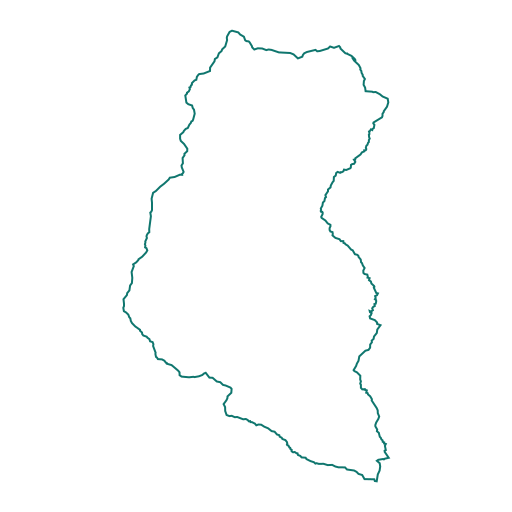 the district of Maneciu, Prahova, Romania
{"feature_id": "2599482B82003070175979", "entity_name": "Maneciu", "entity_type": "district", "adm_level": 2, "iso_a3": "ROU", "parent_name": "Romania", "parent_adm1": "Prahova", "projection": "natural_earth1", "projection_center": [25.967, 45.402], "detail": "fine", "context": "isolated", "style": "outline", "palette": "teal", "viewbox_px": 512, "rotation_deg": 0, "n_neighbors": 0, "source": "geoboundaries", "source_scale": "gbopen_adm2", "svg_char_len": 6037}
<svg xmlns="http://www.w3.org/2000/svg" viewBox="0 0 512 512"><path d="M388.7,457.8L384.7,451.9L384.6,450.7L385.8,450.1L384.9,445.8L385.8,444.0L384.1,443.5L384.2,442.4L382.7,441.8L382.6,440.4L381.4,439.4L380.8,437.8L379.8,436.8L378.8,432.8L376.9,431.2L377.2,429.5L375.4,426.4L375.3,425.1L376.2,422.5L378.3,419.0L379.2,416.5L377.8,413.2L377.7,410.4L376.7,408.1L371.7,400.5L371.9,399.2L370.2,396.3L368.0,394.4L367.6,393.1L366.2,392.7L366.8,390.4L364.8,389.8L365.2,389.4L364.9,389.1L362.3,389.4L360.9,387.8L360.9,384.7L360.2,383.7L360.9,381.3L360.2,379.6L360.3,375.7L356.9,372.3L354.4,371.1L353.6,370.1L356.1,366.0L356.9,363.6L358.5,360.8L359.3,356.4L365.4,350.7L368.5,349.9L370.1,347.7L370.2,344.5L371.9,342.3L371.7,340.6L373.6,338.9L374.0,336.5L376.8,333.0L377.3,329.5L380.5,325.2L377.1,323.9L377.1,322.5L374.8,320.1L370.1,318.4L369.6,316.3L370.8,315.2L371.6,313.2L370.0,312.2L369.7,311.0L371.4,311.8L371.7,311.0L372.9,310.2L372.2,308.3L373.2,306.9L374.8,306.0L374.4,304.1L375.7,303.7L376.2,301.5L376.1,300.1L374.9,299.2L375.7,298.1L375.1,296.1L377.0,295.2L377.9,293.4L376.3,293.0L374.0,288.1L373.8,287.3L374.4,286.8L374.1,286.0L371.4,283.5L370.9,281.5L369.0,280.2L369.6,278.2L367.5,277.6L367.8,276.5L367.3,274.6L364.5,274.0L363.4,272.9L363.3,270.6L364.6,268.0L362.8,265.4L362.0,263.1L361.1,262.3L360.7,259.5L358.6,257.0L358.3,255.7L357.2,254.8L354.9,254.2L352.7,250.3L351.1,249.6L347.7,245.6L345.5,244.3L344.8,243.3L343.5,242.9L343.3,241.1L340.8,241.1L339.5,239.2L335.4,237.9L332.5,235.4L332.8,233.9L332.5,232.1L330.4,231.5L329.6,230.0L329.6,228.1L330.5,226.2L330.4,224.8L327.7,223.4L325.4,220.5L321.6,217.9L321.2,216.9L322.6,214.1L322.7,212.7L322.3,211.9L321.2,211.9L320.7,211.0L321.1,210.0L320.8,208.5L322.4,205.7L322.9,202.5L324.4,201.1L325.0,198.0L326.0,197.1L325.4,195.1L328.0,191.3L328.0,189.5L330.5,187.4L330.8,185.5L332.6,182.2L333.7,180.9L333.9,177.0L335.7,175.6L336.2,173.0L337.6,171.9L340.1,172.8L340.6,172.2L341.6,172.3L343.4,171.3L344.0,169.6L346.2,170.0L350.4,168.2L350.8,167.5L351.0,164.9L352.2,164.1L354.1,163.8L355.3,161.9L354.0,159.7L355.2,159.5L355.3,158.3L360.5,154.5L361.9,152.4L364.2,151.4L364.2,150.3L365.6,150.3L366.1,149.8L366.3,149.0L365.8,147.9L366.4,145.7L367.5,144.7L368.0,142.9L368.8,142.1L368.9,140.0L369.7,138.6L369.1,137.1L368.9,134.7L369.3,134.4L369.4,132.8L369.0,131.5L370.0,130.9L370.9,129.4L372.2,130.0L372.3,129.1L373.8,128.1L374.4,124.8L373.3,123.4L373.5,122.5L382.0,117.3L382.5,115.9L382.5,113.8L383.7,112.1L383.8,111.2L387.0,106.7L388.3,102.4L387.7,98.7L382.6,96.5L379.8,94.2L375.7,92.0L373.2,92.2L372.2,91.7L365.6,91.2L365.1,87.6L363.6,84.8L363.9,81.0L364.9,79.0L362.7,75.9L362.7,74.8L361.6,72.9L361.3,70.9L360.3,69.6L360.5,68.2L358.8,65.0L354.1,60.6L353.6,59.8L355.0,60.5L355.4,60.1L354.7,58.9L351.5,55.9L347.4,53.9L347.9,53.2L346.9,53.7L345.3,53.2L340.5,48.6L340.2,47.3L339.0,46.0L334.0,47.8L330.1,46.5L328.0,48.5L319.8,51.0L317.2,51.3L315.5,49.9L306.9,52.0L304.2,53.3L302.9,55.0L302.3,56.7L297.9,58.4L293.6,54.4L290.2,53.0L278.9,52.4L271.5,49.9L268.6,49.5L266.3,50.1L262.2,48.5L257.8,48.3L254.3,49.5L252.2,47.4L251.9,46.1L249.6,42.3L248.7,41.4L246.4,41.1L245.2,40.3L243.9,36.7L240.1,34.5L238.3,32.4L232.0,30.7L229.6,31.9L227.1,36.4L226.8,37.8L227.1,40.1L225.2,46.5L222.2,49.3L221.5,51.1L218.9,53.3L217.4,57.4L214.9,59.0L214.5,61.3L210.1,67.6L210.0,71.0L203.7,73.5L199.1,74.1L198.2,75.0L196.9,76.8L196.3,79.8L194.6,80.4L191.9,83.1L191.9,84.7L190.9,85.5L190.6,87.0L189.4,87.5L189.9,89.1L188.8,91.4L187.0,92.7L187.0,93.6L185.3,95.5L186.4,102.6L188.3,104.2L192.1,105.5L192.7,107.9L194.0,109.7L194.7,113.7L193.1,119.7L192.5,120.9L191.3,121.5L190.8,123.0L189.4,124.6L187.8,128.0L185.7,128.9L183.9,130.9L183.3,132.2L180.1,134.9L180.1,138.7L180.8,140.9L184.0,143.9L187.3,148.7L187.2,151.2L184.4,153.8L184.5,155.3L182.6,158.0L182.9,163.3L181.5,165.5L181.8,167.4L183.6,171.9L182.7,173.5L181.8,174.1L182.0,174.8L179.9,174.7L174.6,177.0L169.8,177.7L168.7,179.5L164.0,183.8L160.3,186.6L155.9,191.0L153.1,192.8L151.6,198.7L152.0,202.7L152.0,210.1L151.3,211.7L150.3,212.6L150.9,216.2L149.2,229.1L149.3,232.2L147.8,233.4L146.8,235.2L146.5,236.3L146.9,238.0L145.3,241.4L145.4,242.7L144.9,244.2L145.4,245.5L145.1,247.4L146.4,248.1L147.3,250.4L146.1,252.5L142.2,256.7L138.5,259.3L138.3,260.1L136.2,262.4L133.1,264.4L133.8,266.1L131.6,272.0L132.3,277.9L131.9,283.1L130.1,285.5L129.4,290.4L127.2,293.1L126.9,295.1L123.5,299.2L124.0,303.8L124.0,306.1L123.3,307.8L123.9,311.2L126.0,312.4L128.3,314.6L129.3,317.3L130.3,318.3L130.8,320.9L132.0,323.1L135.2,326.4L140.0,329.8L140.0,330.7L142.0,332.5L142.2,334.1L143.3,335.5L146.7,336.7L147.4,337.7L149.4,339.1L150.1,341.3L152.6,342.1L153.4,344.2L153.1,346.0L155.6,352.7L155.4,353.9L156.0,356.9L157.0,357.6L157.9,359.1L162.0,359.4L164.4,360.7L165.9,362.7L166.7,362.9L166.8,363.7L171.6,365.1L178.2,370.7L179.5,372.3L179.6,375.2L181.6,376.6L189.1,377.3L193.3,376.8L194.5,377.1L198.9,376.3L202.3,375.0L204.0,373.5L205.7,372.8L209.4,377.6L212.6,377.8L216.8,381.5L220.3,382.2L223.0,384.9L225.6,385.5L230.5,387.6L231.6,388.9L231.3,392.8L227.5,396.4L227.4,398.2L226.4,400.3L223.6,404.1L225.1,407.1L225.2,411.0L226.6,415.0L229.4,416.1L231.7,415.8L234.8,417.2L237.2,417.0L243.2,419.3L245.8,419.0L247.7,420.0L248.8,421.3L250.1,421.1L250.5,422.1L251.9,422.1L254.9,423.6L256.3,425.3L258.5,424.5L261.2,424.7L264.3,426.7L268.1,428.3L271.6,431.1L274.6,431.7L277.0,434.5L279.3,435.2L279.7,436.7L281.7,437.7L282.4,439.0L285.4,440.1L286.9,442.0L287.3,443.4L286.9,444.3L287.3,445.2L288.4,445.5L289.4,447.5L290.2,447.8L290.4,449.0L291.7,449.9L291.5,451.0L291.9,451.5L293.1,452.3L294.7,452.0L296.6,453.3L297.5,453.3L298.0,455.0L300.3,455.9L301.6,457.4L305.6,457.7L306.5,459.1L310.5,461.1L313.9,462.2L315.4,463.6L316.5,463.2L318.9,463.9L323.5,463.8L327.7,465.1L332.2,464.9L335.3,466.5L338.4,467.3L345.0,467.4L347.0,469.5L354.1,470.5L356.6,471.9L358.5,473.9L362.2,475.0L364.5,479.1L374.3,479.3L374.8,481.0L376.7,481.3L377.8,474.4L379.6,470.6L380.2,466.5L379.7,463.2L376.9,460.8L378.3,459.8L383.2,459.0L383.9,459.4L384.8,458.7L388.7,457.8Z" fill="none" stroke="#0f766e" stroke-width="2"/></svg>